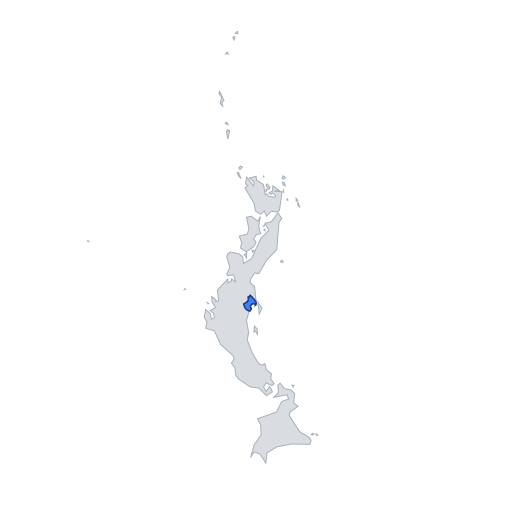 Japan, with Toyama highlighted, rotated 134°
{"feature_id": "JPN-1846", "entity_name": "Toyama", "entity_type": "Prefecture", "adm_level": 1, "iso_a3": "JPN", "parent_name": "Japan", "parent_adm1": "", "projection": "robinson", "projection_center": [137.15, 36.624], "detail": "fine", "context": "in_parent", "style": "filled", "palette": "blue", "viewbox_px": 512, "rotation_deg": 134, "n_neighbors": 0, "source": "natural_earth", "source_scale": "10m", "svg_char_len": 5377}
<svg xmlns="http://www.w3.org/2000/svg" viewBox="0 0 512 512"><g transform="rotate(134 256 256)"><path d="M342.4,149.8L349.2,151.4L349.0,162.2L354.0,169.0L356.6,182.8L355.7,187.9L351.1,193.5L350.2,199.2L345.4,200.2L343.6,203.3L344.3,219.8L338.8,233.9L342.9,242.0L337.4,245.5L336.1,250.7L329.4,255.0L329.1,248.9L332.6,244.3L329.1,243.1L326.7,247.1L327.1,251.2L321.4,249.2L319.2,256.2L315.9,259.7L315.4,254.0L316.8,253.2L314.3,251.6L307.3,260.1L292.2,260.3L295.0,257.3L290.9,256.3L289.6,257.9L288.7,252.8L285.1,258.8L289.7,262.7L289.4,264.5L282.4,266.8L276.8,276.7L273.8,277.9L270.6,276.8L266.2,269.6L265.9,265.0L270.1,259.8L261.1,257.4L239.7,264.8L228.6,264.5L226.2,272.3L220.8,268.8L209.8,270.1L211.1,263.4L215.7,263.0L237.0,245.5L251.1,245.5L267.0,241.7L269.0,245.2L276.7,243.9L279.3,241.4L279.0,235.8L287.4,225.8L289.3,215.5L295.6,213.3L290.0,219.8L291.6,224.2L294.6,225.6L308.8,218.2L316.2,208.1L322.5,204.1L328.2,191.6L331.5,179.7L330.5,176.0L327.2,174.9L330.7,169.5L330.0,163.0L334.1,160.2L335.3,154.2L338.5,154.7L340.1,160.5L344.9,159.7L346.5,154.5L340.7,155.6L340.7,153.8L342.4,149.8ZM378.6,108.4L390.0,111.4L398.2,105.0L395.6,115.6L398.4,121.3L404.6,120.0L393.2,126.1L381.0,128.0L374.3,135.3L372.0,141.9L353.9,132.8L342.8,136.5L336.2,133.1L334.3,137.3L345.1,145.0L338.7,144.9L333.8,150.6L330.7,150.3L331.6,143.3L328.0,137.5L328.2,132.7L335.5,126.8L334.9,121.3L344.5,123.2L347.5,121.6L352.1,102.6L349.6,91.9L350.6,88.1L354.0,86.4L366.3,99.6L378.6,108.4ZM213.1,276.1L220.1,276.0L217.9,281.3L222.7,281.6L224.0,287.6L219.3,294.3L214.7,311.3L211.1,310.8L211.4,313.7L205.7,317.6L207.2,306.5L204.1,308.8L204.5,314.9L198.6,311.3L201.0,308.2L199.4,300.3L205.6,291.8L203.7,291.2L204.4,288.4L200.4,282.9L198.9,284.0L199.4,288.1L201.5,288.1L201.6,290.5L197.8,289.4L193.8,292.6L192.8,284.8L197.0,288.1L191.6,281.9L207.0,270.8L210.2,271.7L213.1,276.1ZM250.5,264.1L259.7,266.0L261.0,272.6L256.1,276.0L253.4,281.8L246.1,277.5L241.4,279.9L234.8,289.7L230.7,287.1L229.7,278.8L224.6,280.3L232.8,274.7L236.8,268.1L240.3,270.7L245.5,269.4L245.8,265.8L250.5,264.1ZM171.3,387.6L165.8,390.9L164.9,395.6L162.8,396.5L166.5,386.9L169.1,387.3L171.3,383.9L171.3,387.6ZM312.1,204.6L307.5,208.4L307.8,204.4L311.2,200.6L310.5,204.4L312.1,204.6ZM191.4,357.6L186.9,363.9L184.2,361.9L191.4,357.6ZM198.0,298.1L196.3,297.9L197.1,293.4L199.2,293.1L198.0,298.1ZM263.6,265.1L260.1,265.0L264.6,260.9L263.3,263.3L263.6,265.1ZM204.6,329.6L202.2,329.6L201.5,327.6L204.9,327.6L204.6,329.6ZM190.6,261.0L187.8,263.7L190.4,258.7L190.6,261.0ZM209.2,327.5L208.0,326.7L210.7,320.6L210.6,323.5L209.2,327.5ZM179.1,289.2L181.4,289.5L182.1,291.3L179.4,292.1L179.1,289.2ZM188.7,265.1L186.6,267.3L187.1,264.5L188.7,265.1ZM110.2,425.6L107.4,425.5L107.4,425.0L108.7,423.5L110.2,425.6ZM243.1,234.4L241.4,234.8L241.0,232.9L242.2,232.2L243.1,234.4ZM184.6,288.3L183.6,286.5L185.2,283.6L186.1,285.8L184.6,288.3ZM115.9,421.8L115.0,424.4L113.7,424.5L113.0,423.1L115.9,421.8ZM181.7,370.4L180.4,370.3L180.6,367.6L181.2,367.4L181.7,370.4ZM346.0,92.5L344.0,91.9L343.9,91.1L345.4,90.7L346.0,92.5ZM203.2,293.5L200.9,295.0L200.2,294.3L203.2,293.5ZM323.8,140.4L322.8,138.8L324.4,138.2L323.8,140.4ZM227.1,271.7L228.5,271.1L230.2,271.1L227.1,271.7ZM342.8,87.3L342.6,90.1L341.7,87.1L342.8,87.3ZM190.6,281.2L188.7,282.9L191.5,279.9L190.6,281.2ZM131.8,418.2L129.4,418.4L129.7,416.1L130.4,417.2L131.8,418.2ZM194.4,272.4L193.0,273.9L193.6,271.9L194.4,272.4ZM255.6,261.1L254.5,262.9L253.6,261.3L255.6,261.1ZM185.4,363.1L185.1,364.3L184.5,362.9L185.4,363.1ZM323.8,257.2L323.3,258.6L323.0,257.2L323.8,257.2ZM193.9,305.9L192.7,306.3L193.8,305.2L193.9,305.9ZM231.6,266.9L231.7,268.5L230.5,268.3L231.6,266.9ZM330.0,284.2L328.7,284.5L328.7,283.7L330.0,284.2ZM362.1,386.6L362.3,388.2L361.4,386.5L362.1,386.6Z" fill="#d9dde1" stroke="#a8b0b8" stroke-width="1"/><path d="M292.0,222.3L291.7,222.6L291.7,223.0L291.2,223.7L291.4,224.3L292.1,224.7L292.4,225.0L293.1,225.2L293.4,225.5L294.0,225.5L294.6,225.4L295.3,225.5L295.8,225.4L296.0,225.1L296.4,224.8L296.6,224.4L296.8,224.1L296.8,223.9L296.9,223.6L296.8,223.3L297.0,222.9L297.3,222.7L298.0,222.4L299.1,222.1L299.5,222.0L299.8,222.4L300.3,222.7L300.4,222.8L300.6,223.1L301.1,225.2L301.1,227.0L301.0,227.3L301.0,227.7L301.0,228.0L300.9,228.2L300.7,228.5L300.3,228.9L300.3,229.0L300.3,229.3L300.3,229.5L300.1,229.8L299.9,230.1L299.7,230.7L299.6,230.9L299.5,231.0L299.1,231.3L298.9,231.6L298.3,231.4L297.7,231.1L296.9,231.0L296.5,230.9L296.1,230.7L295.9,230.6L295.7,230.7L295.6,230.8L295.4,230.9L295.2,230.8L295.1,230.7L295.1,230.4L294.9,230.4L294.0,230.8L293.8,230.8L293.7,230.7L293.3,230.7L293.1,230.8L292.4,231.6L292.2,231.7L292.1,231.8L291.9,232.0L291.8,232.4L291.7,232.5L291.4,232.7L291.3,232.8L291.1,233.1L290.8,233.3L290.6,233.2L290.7,232.8L290.7,232.7L290.5,232.4L290.3,232.3L290.0,232.2L289.8,232.2L289.4,232.2L289.2,232.2L289.1,232.4L289.0,232.6L289.0,232.8L288.9,232.9L288.8,233.0L288.7,233.0L288.3,233.0L288.2,232.5L288.3,232.3L288.4,231.9L288.3,231.6L288.3,231.4L288.2,231.2L288.1,230.9L288.2,230.6L288.3,229.7L288.4,229.4L288.4,229.2L288.5,228.9L288.5,228.7L288.3,228.2L288.3,227.7L288.5,227.0L288.5,226.8L288.5,226.7L288.4,226.3L288.4,226.1L288.5,226.0L288.8,225.8L288.9,225.6L289.0,225.0L289.1,224.6L289.1,224.4L289.5,223.5L289.7,223.2L290.0,222.8L290.1,222.7L290.4,222.6L290.5,222.6L291.1,222.4L291.5,222.4L291.9,222.3L292.0,222.3Z" fill="#3b82f6" stroke="#1e3a8a" stroke-width="1.5"/></g></svg>